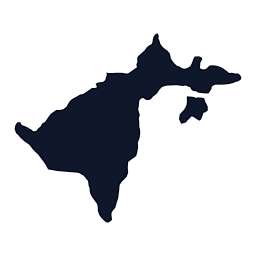 Absheron District, Abşeron, Azerbaijan
{"feature_id": "54616110B88432173472444", "entity_name": "Absheron District", "entity_type": "district", "adm_level": 2, "iso_a3": "AZE", "parent_name": "Azerbaijan", "parent_adm1": "Abşeron", "projection": "mercator", "projection_center": [49.449, 40.323], "detail": "fine", "context": "isolated", "style": "filled", "palette": "ink", "viewbox_px": 256, "rotation_deg": 0, "n_neighbors": 0, "source": "geoboundaries", "source_scale": "gbopen_adm2", "svg_char_len": 3351}
<svg xmlns="http://www.w3.org/2000/svg" viewBox="0 0 256 256"><path d="M107.3,73.5L107.5,75.3L106.7,77.4L105.9,80.5L103.7,82.4L101.4,82.9L98.8,83.1L96.6,84.1L97.5,86.2L97.5,87.9L94.9,88.8L92.2,88.7L91.6,89.3L89.7,90.5L88.1,91.6L85.9,93.2L83.7,94.5L82.4,95.0L81.2,95.0L79.7,95.6L77.9,96.8L76.3,97.6L74.4,98.6L72.4,99.8L71.2,100.8L69.6,102.7L68.7,104.4L67.9,105.7L67.4,106.9L63.7,109.9L59.8,110.8L56.5,110.7L53.7,112.7L51.2,114.5L48.9,117.6L46.9,120.6L45.3,122.7L42.7,124.1L41.3,126.8L38.6,129.1L36.8,131.4L35.3,132.0L32.9,131.9L30.9,130.2L28.3,128.8L26.6,127.7L23.4,126.4L21.1,125.5L19.9,123.0L17.9,122.9L16.8,124.4L16.0,125.7L15.4,129.0L16.7,132.7L19.1,134.9L20.9,137.1L25.1,141.0L27.1,142.3L28.7,143.3L30.9,145.5L33.2,148.6L35.5,151.0L38.8,154.1L40.5,156.4L42.5,159.1L44.5,161.7L46.4,164.5L48.6,168.7L51.5,169.2L57.7,170.3L75.8,171.8L79.1,172.2L84.3,175.2L87.5,179.2L88.8,180.8L89.3,185.3L90.4,188.3L90.4,190.7L91.1,193.7L92.8,196.8L94.7,199.4L97.7,203.5L98.5,206.8L98.6,210.7L99.9,214.5L101.6,216.9L103.2,218.7L106.3,221.5L108.2,221.8L110.2,220.5L111.3,219.4L110.7,215.7L110.8,212.6L112.2,210.1L114.5,207.6L115.6,203.8L116.4,201.0L117.4,198.2L117.9,194.5L118.3,191.5L118.6,188.3L118.7,186.8L119.0,184.4L121.3,181.1L123.5,179.0L126.0,176.3L127.4,172.7L127.0,167.7L127.2,164.4L127.6,161.2L128.8,160.5L131.6,158.3L133.3,157.3L135.6,155.4L136.3,153.1L137.4,146.8L137.0,142.5L138.8,138.0L139.5,133.2L139.3,129.8L138.5,126.6L138.5,122.0L138.1,118.3L139.0,114.9L137.4,109.7L138.0,106.1L138.3,102.8L138.6,100.1L140.0,98.6L141.8,97.3L144.1,97.4L145.2,98.5L146.7,99.3L149.5,99.1L151.3,97.6L152.1,96.4L155.9,93.4L157.4,91.5L158.2,90.0L161.4,86.5L164.3,85.4L167.6,84.8L169.6,84.7L172.3,84.6L174.6,84.5L176.2,84.4L182.9,85.2L186.1,84.7L188.8,86.1L190.3,86.1L191.9,89.0L193.3,90.2L196.5,90.6L198.2,91.8L200.4,92.2L202.6,92.4L205.4,92.7L208.2,92.6L210.8,88.4L210.8,86.6L213.1,84.7L215.2,83.9L219.2,83.9L222.3,83.9L226.4,83.6L229.8,83.1L233.2,82.2L235.5,81.2L238.1,80.5L240.2,79.0L240.6,78.1L240.2,76.6L238.9,75.0L237.9,74.2L235.4,74.3L231.7,73.5L228.7,73.8L227.3,72.4L224.7,70.5L222.8,69.1L220.5,67.8L217.9,66.9L215.5,66.3L212.3,66.0L209.6,66.4L207.7,68.5L205.7,69.9L204.3,70.1L203.2,70.1L201.8,70.0L200.2,69.4L199.0,67.5L199.5,64.8L199.5,62.8L200.6,60.8L201.5,59.1L200.8,57.9L200.6,57.8L198.8,57.1L196.7,57.2L195.5,57.2L195.2,57.2L194.0,59.3L193.3,61.4L193.0,62.4L192.3,64.0L191.0,66.4L189.6,67.6L187.3,68.9L184.2,69.5L181.5,68.8L178.9,67.1L176.9,66.7L175.1,65.1L173.3,63.3L171.7,61.3L170.1,58.6L169.6,55.9L169.1,53.9L167.0,51.3L164.6,49.6L162.6,48.0L161.4,46.6L159.7,44.3L158.6,40.7L157.6,38.6L157.9,36.2L158.0,36.1L157.2,34.2L155.8,34.9L154.5,36.6L153.7,38.8L153.4,41.0L152.7,44.0L151.4,45.1L149.4,46.1L147.0,48.2L145.3,50.8L142.6,53.2L139.9,55.6L138.7,56.7L138.0,58.1L138.0,60.0L138.2,61.9L137.1,64.6L137.9,67.5L128.8,73.9L126.6,74.4L122.3,73.6L117.5,73.5L113.5,73.7L109.0,73.8L107.3,73.5ZM193.8,97.8L191.7,97.4L189.0,97.3L187.6,97.1L187.6,99.8L187.7,101.8L187.2,105.3L186.0,107.9L184.5,110.3L182.3,112.6L180.4,114.8L179.8,119.2L181.6,122.9L185.3,121.9L187.0,119.8L189.4,117.6L190.8,115.8L192.8,115.8L194.7,116.8L197.4,118.7L199.3,119.8L200.2,119.2L201.5,116.5L202.5,113.1L203.2,111.9L204.9,111.7L207.0,110.2L207.0,106.8L205.5,103.7L204.7,102.5L203.6,98.9L201.7,98.4L197.9,98.2L195.6,98.7L193.8,97.8Z" fill="#0f172a" stroke="#020617" stroke-width="1.5"/></svg>